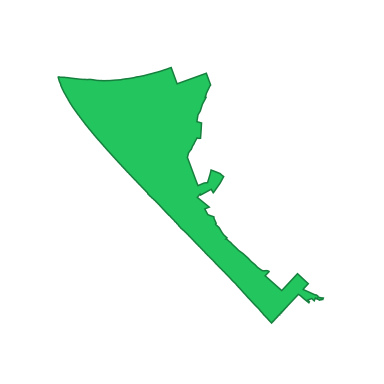 outline of Kolkas pag., Dundagas, Latvia, rotated 254°
{"feature_id": "27541924B54610499536765", "entity_name": "Kolkas pag.", "entity_type": "district", "adm_level": 2, "iso_a3": "LVA", "parent_name": "Latvia", "parent_adm1": "Dundagas", "projection": "orthographic", "projection_center": [22.427, 57.687], "detail": "fine", "context": "isolated", "style": "filled", "palette": "green", "viewbox_px": 384, "rotation_deg": 254, "n_neighbors": 0, "source": "geoboundaries", "source_scale": "gbopen_adm2", "svg_char_len": 5886}
<svg xmlns="http://www.w3.org/2000/svg" viewBox="0 0 384 384"><g transform="rotate(254 192 192)"><path d="M71.8,278.5L84.4,270.9L72.5,251.1L91.3,239.2L94.1,244.0L94.4,244.2L95.5,243.0L95.8,242.2L96.0,241.6L96.4,239.5L96.6,238.8L97.1,238.0L97.3,237.6L100.9,234.7L101.7,234.1L103.9,233.0L104.7,232.6L108.8,229.8L110.5,228.9L112.0,228.2L112.8,227.8L119.0,223.9L119.6,223.4L123.0,220.7L123.9,220.2L126.5,218.8L130.6,216.3L132.8,215.3L134.6,213.9L137.2,212.3L137.4,212.1L137.5,211.7L138.3,213.0L142.0,210.7L144.7,209.7L149.8,208.4L150.6,208.1L154.3,205.8L155.4,206.3L155.4,206.6L160.3,205.9L161.1,206.0L162.1,206.2L164.2,203.2L164.9,202.2L165.9,201.0L172.2,199.6L172.7,204.4L185.4,195.6L187.8,199.2L186.7,199.4L189.3,211.2L185.4,212.2L185.9,213.0L192.8,221.5L198.1,226.7L200.3,225.1L201.9,224.2L204.9,220.4L207.9,216.4L204.4,214.5L196.7,209.5L197.3,206.2L196.5,199.5L201.7,199.0L224.1,197.3L226.2,197.1L226.3,197.0L226.5,197.1L230.6,199.5L232.9,202.4L233.0,202.9L236.1,205.3L237.7,207.2L238.9,208.1L241.7,210.9L241.8,211.0L242.0,211.2L242.6,211.8L242.0,212.6L241.6,213.5L241.3,215.0L246.4,216.9L255.7,220.2L258.3,216.1L264.5,219.0L267.6,222.3L273.5,226.2L277.7,230.3L279.1,231.6L279.5,230.8L280.8,231.8L283.3,233.3L283.4,233.5L285.6,235.4L286.5,236.3L288.8,238.2L289.4,239.1L289.7,239.4L302.2,238.5L300.1,207.5L317.4,206.3L317.4,205.9L317.3,204.8L317.3,204.0L317.1,202.4L317.0,199.0L316.8,195.4L316.8,193.4L316.8,190.4L316.9,189.8L316.9,189.5L316.9,187.9L316.9,187.0L316.9,185.8L317.0,184.7L316.9,184.2L317.0,183.7L317.1,177.7L317.5,172.8L317.8,171.2L317.9,170.2L317.9,167.6L318.4,163.3L318.6,161.8L319.0,159.7L319.5,155.8L319.5,155.0L319.6,154.1L320.0,152.3L320.2,151.3L320.5,150.1L321.8,143.5L322.0,142.8L322.2,142.1L322.9,139.4L323.0,138.9L323.4,137.5L323.7,136.5L324.1,135.7L324.4,134.4L325.6,131.1L326.1,130.1L326.6,129.0L327.2,127.8L328.2,125.4L328.7,123.7L328.8,122.8L329.2,121.6L329.4,121.0L329.6,120.5L330.0,119.4L330.1,118.8L330.3,118.2L330.4,117.9L331.1,116.1L331.3,115.4L332.0,113.9L332.3,113.0L332.7,112.3L333.2,110.8L333.7,109.8L334.2,108.5L334.8,107.1L335.9,104.6L336.3,103.8L336.5,103.1L337.0,101.8L337.4,101.1L337.6,100.3L337.8,99.6L338.0,98.9L338.3,98.3L338.5,97.4L338.6,97.0L338.9,96.5L339.3,96.0L339.6,95.3L339.7,95.2L339.9,95.2L339.2,95.0L334.9,95.0L333.7,95.2L332.5,95.3L331.8,95.5L331.1,95.3L330.3,95.3L326.7,95.8L325.5,96.1L324.4,96.2L323.5,96.4L322.5,96.6L320.0,97.3L319.1,97.4L318.1,97.7L317.2,97.9L315.8,98.4L314.7,98.4L313.3,98.9L312.7,99.0L311.8,99.2L307.0,100.6L304.9,101.3L303.8,101.7L297.6,103.9L296.5,104.5L294.7,105.0L293.7,105.5L292.1,106.0L290.9,106.6L289.9,106.9L287.7,107.8L286.9,108.0L282.6,109.9L280.7,110.6L280.0,111.0L278.0,111.9L276.4,112.5L274.9,113.3L274.1,113.5L272.1,114.5L270.6,115.1L269.2,115.8L268.0,116.3L267.0,116.9L265.4,117.6L263.5,118.5L262.6,118.9L261.5,119.5L260.1,120.0L259.1,120.6L257.5,121.3L256.6,121.8L255.3,122.3L253.6,123.3L252.7,123.6L251.6,124.2L250.9,124.6L250.0,124.9L248.7,125.7L247.7,126.0L246.6,126.7L244.6,127.6L242.4,128.8L241.5,129.1L240.1,129.9L238.8,130.5L237.7,131.2L236.1,131.8L235.2,132.4L233.8,133.0L233.1,133.5L231.1,134.4L230.3,134.9L228.8,135.5L228.3,136.0L227.8,136.3L226.1,136.9L225.4,137.5L223.6,138.3L221.2,139.6L219.7,140.3L218.2,141.3L217.1,141.7L215.7,142.5L214.0,143.3L212.8,144.1L212.0,144.5L210.8,145.0L209.9,145.6L207.9,146.6L206.9,147.2L205.2,148.0L203.9,148.8L203.5,149.0L202.4,149.0L202.0,149.2L201.4,149.6L200.3,150.1L199.9,150.3L198.7,151.2L197.1,152.0L196.2,152.8L194.6,153.6L193.6,154.4L192.3,154.9L191.1,155.7L189.8,156.3L188.7,157.0L187.3,157.6L186.4,158.1L183.3,159.6L181.9,160.4L180.9,160.8L177.9,162.4L176.6,163.1L176.1,163.3L175.3,164.0L174.6,164.4L173.3,164.9L173.0,165.2L172.5,165.4L171.2,166.1L169.9,166.9L169.4,167.1L168.7,167.3L168.2,167.5L166.9,168.5L166.3,168.7L165.9,168.7L164.7,169.6L164.0,169.8L163.6,169.8L163.2,169.9L162.1,170.6L159.9,171.5L159.1,172.2L158.0,172.8L157.0,173.6L155.8,174.2L153.9,175.4L153.2,175.7L152.9,175.8L152.4,176.2L151.9,176.5L150.4,177.1L149.4,177.8L148.5,178.2L147.7,178.7L146.6,179.2L145.5,179.9L144.6,180.2L143.6,180.8L141.2,182.0L139.2,183.2L138.3,183.5L137.7,184.0L136.3,184.8L135.7,185.0L134.0,186.0L133.0,186.4L131.5,187.4L129.9,188.0L128.8,188.6L127.9,189.2L126.8,189.6L125.8,190.4L124.1,191.2L123.5,191.6L122.0,192.4L121.0,193.1L119.4,193.8L118.3,194.5L117.7,194.6L117.0,195.1L116.5,195.2L115.2,196.0L114.6,196.4L113.4,196.9L112.8,197.2L112.0,197.8L111.4,198.0L110.0,198.9L108.0,199.9L105.9,201.2L103.9,202.1L103.0,202.7L101.7,203.3L101.0,203.8L99.9,204.3L98.1,205.3L97.0,205.7L94.6,207.0L91.8,208.7L90.8,209.1L90.4,209.2L88.5,210.2L87.6,210.5L86.6,211.2L86.0,211.5L85.5,211.6L84.9,212.0L80.2,214.2L79.2,214.8L74.9,216.8L73.5,217.6L71.1,218.8L66.9,220.9L64.5,222.2L61.9,223.7L60.4,224.4L59.9,224.6L58.4,225.2L56.7,226.1L55.5,226.7L55.0,226.8L54.5,226.9L52.7,228.0L51.4,228.6L50.5,229.2L47.3,230.7L44.1,232.4L44.4,232.8L45.0,233.9L45.2,234.3L45.4,234.4L45.6,234.5L45.5,234.9L45.6,235.0L45.9,235.3L46.3,236.1L46.4,236.4L47.0,236.9L47.2,237.6L47.5,238.1L47.9,238.7L48.1,239.1L48.4,239.3L48.3,239.6L49.4,241.0L49.6,241.0L49.7,241.3L49.7,242.2L50.0,242.1L50.4,242.5L50.6,243.4L51.0,243.8L51.1,244.1L51.3,244.4L51.2,244.7L51.6,244.9L51.8,244.9L51.8,245.3L52.0,245.4L52.2,246.1L52.4,246.4L52.6,246.6L52.9,247.2L53.4,247.6L53.4,248.1L53.6,248.4L53.8,248.4L54.2,249.0L54.2,249.3L54.4,249.7L54.8,250.1L55.0,250.3L55.0,250.6L55.1,250.8L55.3,251.1L55.4,251.3L55.6,251.7L55.8,251.8L64.3,266.1L62.4,267.7L58.7,270.0L53.3,273.8L54.1,274.6L56.1,273.1L56.5,276.9L56.5,277.5L56.4,277.9L55.6,278.3L53.7,279.5L56.1,281.4L55.1,282.1L55.4,282.6L55.2,283.2L54.9,283.3L54.4,283.2L52.9,284.8L53.3,285.5L52.7,286.1L52.7,286.4L53.0,286.9L52.6,288.1L53.9,289.0L54.7,286.9L55.8,285.0L56.6,284.1L57.0,284.3L57.5,284.2L58.3,283.5L59.0,282.8L59.0,282.2L61.1,279.7L63.0,277.5L67.6,272.0L68.3,272.7L71.8,278.5Z" fill="#22c55e" stroke="#15803d" stroke-width="1.5"/></g></svg>